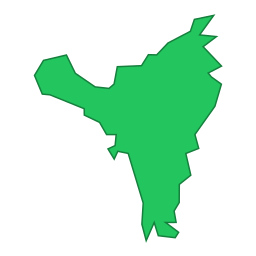 Moore, Tennessee, United States of America
{"feature_id": "52423323B16895111765374", "entity_name": "Moore", "entity_type": "district", "adm_level": 2, "iso_a3": "USA", "parent_name": "United States of America", "parent_adm1": "Tennessee", "projection": "mercator", "projection_center": [-86.361, 35.268], "detail": "fine", "context": "isolated", "style": "filled", "palette": "green", "viewbox_px": 256, "rotation_deg": 0, "n_neighbors": 0, "source": "geoboundaries", "source_scale": "gbopen_adm2", "svg_char_len": 721}
<svg xmlns="http://www.w3.org/2000/svg" viewBox="0 0 256 256"><path d="M213.7,15.4L194.4,19.4L190.4,31.3L168.0,43.0L156.7,54.9L148.4,54.7L141.5,65.7L117.3,66.7L114.1,84.0L109.0,88.4L95.1,86.9L75.3,73.3L66.4,55.0L43.5,60.4L34.5,75.4L42.3,94.1L49.9,94.8L84.2,108.7L84.3,115.1L99.6,122.4L106.6,134.6L116.2,134.6L115.1,145.6L108.0,148.9L114.2,159.1L117.8,151.3L128.2,153.4L143.2,203.0L141.9,224.3L146.2,240.6L154.2,222.5L158.3,235.7L175.2,237.7L178.6,232.3L165.6,222.5L176.1,222.4L174.1,211.0L179.2,202.5L179.3,184.4L190.8,175.2L185.8,153.5L198.7,148.4L194.9,134.5L214.9,106.3L221.4,84.2L211.3,76.9L208.2,73.0L221.5,66.1L203.1,46.7L216.4,36.6L199.6,34.9L213.7,15.4Z" fill="#22c55e" stroke="#15803d" stroke-width="1.5"/></svg>